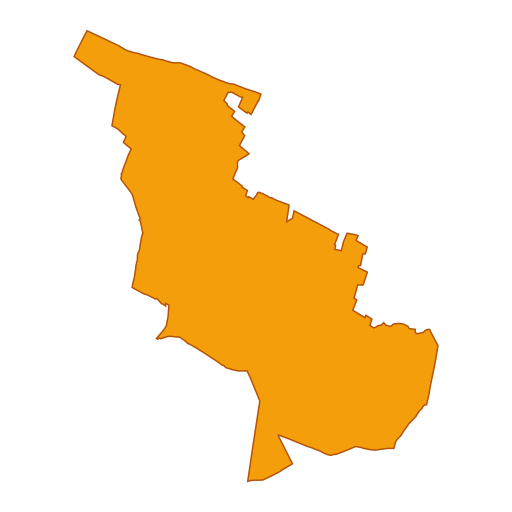 Santa Isabel Xiloxoxtla, Tlaxcala, Mexico (Equal Earth projection)
{"feature_id": "50627088B18740069237602", "entity_name": "Santa Isabel Xiloxoxtla", "entity_type": "district", "adm_level": 2, "iso_a3": "MEX", "parent_name": "Mexico", "parent_adm1": "Tlaxcala", "projection": "equal_earth", "projection_center": [-98.207, 19.264], "detail": "fine", "context": "isolated", "style": "filled", "palette": "amber", "viewbox_px": 512, "rotation_deg": 0, "n_neighbors": 0, "source": "geoboundaries", "source_scale": "gbopen_adm2", "svg_char_len": 5642}
<svg xmlns="http://www.w3.org/2000/svg" viewBox="0 0 512 512"><path d="M428.9,329.3L426.5,329.9L425.2,330.4L423.5,332.4L420.5,333.0L418.2,333.6L416.5,333.5L415.2,332.2L415.3,329.4L414.6,329.2L409.3,328.7L407.9,326.3L403.6,324.1L399.4,323.4L393.4,324.0L391.0,326.3L389.3,326.2L386.1,325.2L383.7,322.7L381.0,325.2L377.7,325.8L376.0,327.1L374.2,327.9L372.6,327.2L369.9,325.5L370.3,324.3L371.9,319.1L366.0,315.3L365.1,317.7L352.8,310.3L353.8,307.6L353.9,307.3L354.1,306.9L356.8,299.8L354.1,298.4L357.4,285.9L357.8,284.8L359.1,285.0L359.9,285.0L361.3,285.0L362.4,285.2L363.3,284.6L363.5,283.9L367.2,272.7L367.3,272.1L358.2,267.6L358.2,267.4L358.7,265.6L360.6,265.5L362.8,253.9L365.4,253.8L367.1,247.2L367.2,246.9L362.9,244.6L362.3,244.1L356.1,240.4L356.1,240.2L358.1,235.8L356.6,235.1L353.4,234.4L347.1,233.2L345.8,236.3L345.6,236.6L345.5,236.9L343.4,242.0L341.3,250.8L334.8,249.2L335.6,245.1L334.6,244.4L338.4,234.6L338.5,234.3L336.5,233.5L330.6,230.5L329.8,229.7L294.1,210.8L292.4,218.4L287.3,221.3L286.6,221.7L287.8,213.8L289.1,205.0L287.9,204.6L280.0,201.6L279.7,201.5L274.0,199.2L272.9,198.4L272.5,198.0L271.9,197.9L271.2,198.0L270.1,197.6L268.6,196.9L267.4,196.0L265.9,195.3L263.3,194.0L261.2,193.1L259.4,192.4L258.2,192.3L257.5,193.0L256.3,195.3L254.3,197.7L253.3,199.4L252.5,198.9L248.8,196.7L248.3,197.6L245.9,196.1L245.6,195.9L247.4,190.5L247.1,190.3L242.2,187.3L242.4,186.3L232.9,179.0L235.5,172.4L237.6,167.6L237.6,167.2L237.6,166.8L237.5,166.0L237.5,165.2L237.4,162.9L237.4,162.1L238.3,160.4L242.3,158.0L245.4,156.3L249.0,153.7L248.2,153.0L245.1,150.4L239.4,145.6L241.3,142.0L244.7,135.6L242.6,133.0L242.5,132.9L241.7,131.9L244.9,126.9L237.8,121.5L236.9,120.7L231.6,116.3L231.7,116.2L234.6,111.4L228.3,106.3L227.2,105.0L227.2,103.8L224.0,100.8L223.9,100.3L225.8,97.0L228.1,92.3L229.9,92.4L231.7,92.1L234.3,93.6L240.1,96.8L242.6,97.3L238.5,107.0L247.0,113.2L247.9,112.0L251.1,114.5L257.9,101.4L258.1,101.4L258.5,101.3L260.8,94.4L260.9,94.2L258.2,92.9L250.4,90.3L245.5,88.8L240.5,86.8L236.9,85.4L235.1,84.6L234.1,84.2L231.0,83.9L228.8,83.5L225.9,82.6L223.1,81.4L219.8,80.3L212.3,77.1L208.3,74.9L204.9,73.3L202.5,72.3L199.3,70.9L195.9,69.5L193.9,68.6L192.6,67.8L191.7,67.2L189.7,66.4L188.1,65.7L186.5,65.1L185.4,64.7L182.1,63.5L181.1,63.1L179.4,62.8L178.5,62.7L174.5,62.8L173.7,62.8L171.8,62.6L169.8,61.9L167.7,61.4L166.6,61.2L164.9,60.6L162.9,59.9L160.8,59.6L159.1,59.3L155.8,58.5L152.9,57.8L147.1,56.2L141.7,54.6L138.5,53.5L138.0,53.4L134.6,52.8L132.2,52.1L127.9,50.8L125.5,49.9L124.7,49.4L119.7,46.3L119.2,46.1L118.6,45.7L87.4,30.9L87.1,30.7L86.6,31.7L86.1,32.7L85.5,33.5L78.5,47.4L77.2,49.9L74.1,56.6L79.6,60.6L97.8,73.9L98.9,74.7L101.2,75.5L103.9,76.6L108.2,78.9L113.3,81.9L115.5,83.1L117.5,84.2L120.1,84.8L120.5,84.9L119.6,88.2L117.7,96.2L116.4,101.7L114.8,109.6L111.9,125.7L112.3,125.9L117.6,128.8L122.9,133.7L125.2,135.5L126.1,136.5L123.4,142.5L131.0,148.7L131.2,148.9L129.8,151.9L128.9,153.8L127.6,157.0L126.1,161.3L125.9,162.0L125.3,163.3L124.3,165.8L123.6,167.6L122.9,169.8L122.3,171.7L121.8,173.2L121.5,173.6L121.2,174.1L121.4,174.8L121.5,175.3L121.5,176.1L121.3,176.7L121.0,177.7L120.9,178.5L121.1,179.4L121.8,180.4L122.5,181.4L125.7,185.5L130.5,191.8L131.8,193.7L132.3,194.7L133.0,196.7L135.8,206.8L138.2,213.4L140.1,218.5L140.3,218.8L139.2,219.9L139.7,220.4L140.0,220.8L140.2,221.2L140.4,221.5L142.7,232.3L142.9,233.2L141.8,235.8L140.9,240.7L140.3,244.5L139.8,246.3L139.9,246.7L139.9,247.2L139.6,249.1L138.7,251.9L138.0,253.2L137.5,255.2L137.3,260.0L135.9,265.9L135.6,269.1L134.4,277.2L133.0,282.7L132.1,287.5L136.2,289.7L144.5,294.2L145.6,294.2L150.4,296.4L153.3,297.9L155.0,299.0L156.7,298.6L157.8,299.4L159.3,301.3L160.9,302.9L161.4,303.7L163.1,304.2L165.6,306.0L165.7,303.4L168.6,305.0L168.9,305.3L168.2,314.6L167.9,317.9L167.3,320.4L167.0,322.1L166.9,322.6L166.6,324.8L166.2,325.9L166.1,326.1L165.4,327.3L163.5,330.1L160.1,334.2L157.0,337.8L156.5,338.4L157.3,339.1L157.8,339.2L158.0,338.9L158.3,338.5L159.0,338.1L159.7,338.1L160.3,338.5L161.0,338.7L161.5,338.6L163.9,337.6L166.6,336.7L167.9,336.5L169.6,336.3L170.1,336.3L170.4,336.3L170.8,336.4L172.2,336.5L173.5,336.6L176.3,337.0L177.5,336.9L178.5,336.9L179.7,337.2L181.6,338.4L183.4,339.7L186.5,342.1L187.7,343.6L188.5,343.6L190.1,344.4L194.6,347.0L202.1,351.6L213.1,358.8L215.7,360.5L218.8,362.6L222.1,365.2L224.1,365.7L224.5,366.1L225.3,367.2L225.8,367.6L232.9,369.8L238.2,370.9L247.1,370.9L247.2,371.1L250.3,377.9L250.6,378.4L250.7,378.5L251.0,379.4L253.4,385.3L255.6,390.6L259.6,400.5L259.8,400.8L259.8,401.3L258.8,407.6L252.7,447.5L247.7,481.3L247.9,481.2L249.0,481.0L251.2,480.4L255.6,480.2L256.8,480.2L262.9,480.0L272.5,475.4L279.7,471.6L281.9,470.2L282.6,469.6L292.5,463.8L286.3,451.6L282.7,444.4L278.6,436.4L278.4,435.0L289.0,438.9L307.5,446.5L310.1,447.2L320.5,451.2L323.3,452.9L327.7,454.6L330.5,455.3L334.7,454.4L336.1,454.3L336.9,454.0L339.6,453.0L341.6,452.3L342.4,452.0L343.5,451.6L345.8,450.6L351.8,448.2L354.8,446.8L355.4,446.5L355.7,446.6L355.9,446.6L361.0,447.4L362.0,447.7L362.9,448.2L368.8,449.3L370.3,449.7L374.1,450.0L375.7,450.1L376.8,449.9L382.6,449.1L385.7,448.6L388.9,448.3L392.7,448.4L393.8,448.5L394.5,445.9L395.4,442.5L395.6,442.1L396.7,440.0L398.6,438.0L401.2,435.2L402.3,433.3L403.2,431.6L406.1,427.8L408.9,423.7L415.5,416.9L415.9,416.5L416.2,415.8L417.7,413.4L419.2,411.3L420.1,410.1L420.9,409.6L421.7,408.8L422.6,407.3L423.2,406.3L424.3,405.2L425.1,404.7L426.5,404.8L429.0,394.1L429.1,393.6L430.2,386.6L432.7,374.6L434.4,366.6L434.5,365.9L435.0,363.1L435.9,358.5L436.0,357.3L436.3,356.0L436.4,355.4L437.9,345.8L437.9,345.5L437.8,345.3L430.2,331.0L429.9,329.7L428.9,329.3Z" fill="#f59e0b" stroke="#b45309" stroke-width="1.5"/></svg>